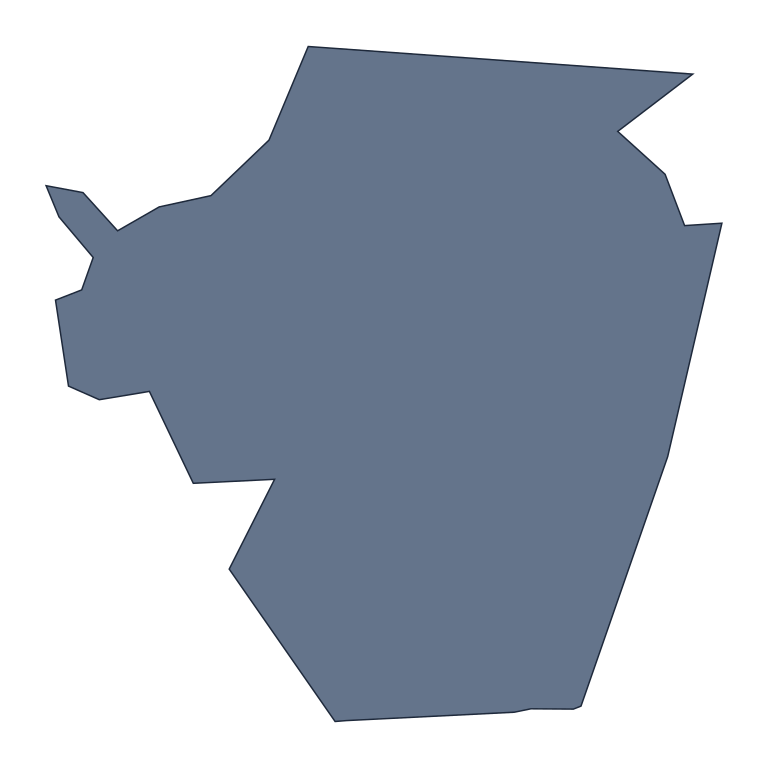 outline of Cumberland, Kentucky, United States of America
{"feature_id": "52423323B62229431187562", "entity_name": "Cumberland", "entity_type": "district", "adm_level": 2, "iso_a3": "USA", "parent_name": "United States of America", "parent_adm1": "Kentucky", "projection": "robinson", "projection_center": [-85.438, 36.778], "detail": "fine", "context": "isolated", "style": "filled", "palette": "slate", "viewbox_px": 768, "rotation_deg": 0, "n_neighbors": 0, "source": "geoboundaries", "source_scale": "gbopen_adm2", "svg_char_len": 481}
<svg xmlns="http://www.w3.org/2000/svg" viewBox="0 0 768 768"><path d="M308.2,46.5L269.0,140.1L211.0,195.6L159.2,206.9L117.6,230.8L83.0,192.6L46.1,185.7L59.0,216.9L93.2,257.5L81.7,289.9L55.5,300.1L68.5,386.1L99.3,399.7L149.4,391.4L193.3,483.3L274.6,479.3L229.2,569.1L335.1,721.5L346.2,720.6L514.4,712.2L530.9,708.8L573.4,709.1L581.0,706.1L667.7,456.6L721.9,223.2L684.6,225.6L665.1,174.3L617.7,131.4L692.7,74.1L308.2,46.5Z" fill="#64748b" stroke="#1e293b" stroke-width="1.5"/></svg>